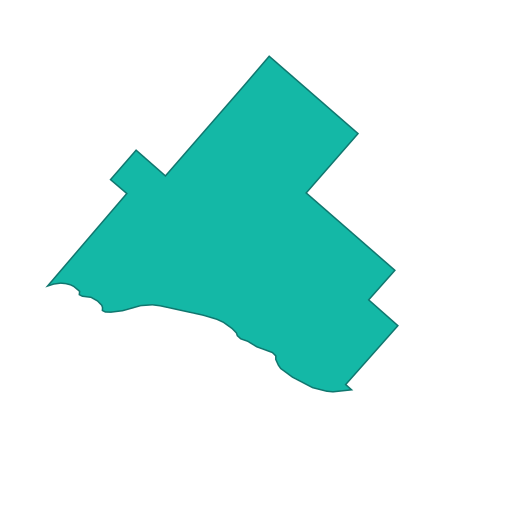 Ontonagon, Michigan, United States of America (orthographic projection), rotated 221°
{"feature_id": "52423323B11182696973268", "entity_name": "Ontonagon", "entity_type": "district", "adm_level": 2, "iso_a3": "USA", "parent_name": "United States of America", "parent_adm1": "Michigan", "projection": "orthographic", "projection_center": [-89.321, 46.682], "detail": "fine", "context": "isolated", "style": "filled", "palette": "teal", "viewbox_px": 512, "rotation_deg": 221, "n_neighbors": 0, "source": "geoboundaries", "source_scale": "gbopen_adm2", "svg_char_len": 793}
<svg xmlns="http://www.w3.org/2000/svg" viewBox="0 0 512 512"><g transform="rotate(221 256 256)"><path d="M376.8,375.6L376.9,257.0L415.9,257.2L415.9,218.2L394.5,218.4L393.6,96.6L390.3,102.1L385.6,107.4L381.4,110.4L377.0,112.6L373.5,113.5L365.9,113.6L364.0,110.9L360.7,111.7L353.4,116.6L346.1,118.1L340.0,117.6L337.9,116.3L336.2,114.1L333.0,114.9L328.7,118.4L320.8,127.2L310.5,142.9L302.2,151.2L295.6,155.6L257.4,176.5L244.0,182.6L237.1,184.6L226.4,185.6L220.3,185.1L217.8,183.6L213.2,183.5L206.4,186.2L195.8,188.0L180.3,193.9L175.5,193.6L173.2,190.9L167.5,188.3L163.5,187.3L148.9,188.5L126.9,193.8L114.0,200.3L108.8,204.0L96.1,217.7L104.0,217.8L103.2,296.5L142.2,296.8L141.8,336.3L259.5,336.5L259.3,415.3L377.1,415.4L376.8,375.6Z" fill="#14b8a6" stroke="#0f766e" stroke-width="1.5"/></g></svg>